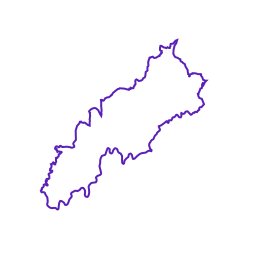 the district of Olintla, Puebla, Mexico, rotated 196°
{"feature_id": "50627088B53016454069278", "entity_name": "Olintla", "entity_type": "district", "adm_level": 2, "iso_a3": "MEX", "parent_name": "Mexico", "parent_adm1": "Puebla", "projection": "robinson", "projection_center": [-97.671, 20.114], "detail": "fine", "context": "isolated", "style": "outline", "palette": "violet", "viewbox_px": 256, "rotation_deg": 196, "n_neighbors": 0, "source": "geoboundaries", "source_scale": "gbopen_adm2", "svg_char_len": 5835}
<svg xmlns="http://www.w3.org/2000/svg" viewBox="0 0 256 256"><g transform="rotate(196 128 128)"><path d="M194.2,45.6L193.8,45.4L193.8,45.0L194.5,43.8L193.4,42.4L191.2,43.1L190.0,42.7L189.2,41.5L186.4,39.0L184.9,35.3L184.7,32.6L184.5,31.9L184.0,31.3L181.9,30.2L180.6,29.9L179.0,30.0L177.4,30.7L175.9,31.1L174.9,30.9L173.9,30.3L173.3,30.3L172.7,30.7L172.6,31.4L173.5,36.8L173.1,39.1L172.5,39.4L171.4,39.4L169.1,38.6L167.2,36.8L166.1,37.0L165.7,37.3L164.9,38.8L164.6,43.2L163.3,46.1L163.3,46.8L163.7,47.8L164.5,48.7L164.6,49.7L164.2,50.5L161.7,53.0L160.3,53.4L159.2,53.4L158.1,54.4L157.3,55.2L156.8,56.8L156.3,57.1L155.8,57.8L154.4,58.0L154.0,57.8L153.2,57.2L152.0,55.8L151.6,54.6L151.2,52.2L150.5,51.0L150.0,50.6L149.2,50.4L148.0,50.6L147.6,51.3L147.3,52.3L147.4,54.8L148.4,57.9L149.4,59.9L149.7,61.0L149.5,62.3L148.6,64.3L147.9,65.2L144.0,66.9L143.6,68.1L143.9,69.6L144.6,70.9L145.1,71.2L145.0,72.2L144.2,73.4L141.7,75.4L141.3,76.3L141.5,77.5L145.0,83.6L144.9,84.4L145.1,86.6L145.8,89.3L145.9,91.2L145.4,94.0L142.6,95.9L142.4,96.9L142.3,100.2L142.1,102.5L141.9,103.0L141.4,103.2L140.8,103.1L139.7,102.5L139.3,100.6L138.8,99.5L137.8,98.9L137.1,98.9L136.7,99.1L136.2,99.9L136.0,102.7L135.2,104.6L134.7,105.0L133.3,105.0L132.2,104.3L131.7,103.3L130.6,102.1L129.9,101.7L128.0,101.4L126.2,99.7L125.7,98.7L125.3,97.0L124.2,93.4L123.6,92.6L122.6,92.3L122.3,92.4L122.1,93.0L122.3,95.8L121.1,98.4L119.9,100.0L119.7,100.9L119.9,102.5L119.6,103.3L118.8,104.0L118.3,104.1L117.6,103.8L116.7,102.9L115.8,101.3L114.9,99.9L114.7,99.7L114.1,99.8L113.2,100.4L111.2,104.0L109.3,106.5L107.6,107.7L104.1,109.3L102.4,111.4L101.4,112.0L99.2,112.2L99.2,112.9L99.5,113.5L100.5,113.7L101.2,114.4L102.9,117.1L103.2,118.8L102.0,122.8L100.7,124.1L100.4,124.8L100.2,127.3L99.8,128.4L98.8,130.0L98.7,131.4L97.9,132.8L96.9,134.2L96.8,135.2L98.6,137.6L98.9,138.2L98.5,138.6L97.5,139.1L96.7,139.9L94.2,143.1L92.9,145.1L92.4,145.3L91.4,144.1L90.8,144.0L90.5,144.4L90.7,145.7L90.5,146.8L88.4,147.4L88.1,149.0L88.1,150.1L88.0,150.4L86.5,151.2L85.7,152.4L85.4,153.7L84.8,154.2L84.0,154.1L81.8,152.5L81.1,152.5L80.2,152.8L80.0,153.5L80.0,154.5L80.8,156.4L80.8,157.1L79.1,156.8L78.4,156.9L77.7,157.6L77.2,159.4L76.0,160.3L75.0,160.3L71.5,158.1L71.1,158.1L70.5,158.6L69.8,160.1L69.4,160.6L69.1,160.9L68.4,160.9L67.9,162.0L67.3,162.3L66.1,162.3L65.6,163.4L65.6,164.0L64.9,164.6L64.5,165.2L65.0,166.3L64.9,167.1L64.5,167.8L63.6,168.1L62.9,168.8L61.5,171.8L65.0,176.3L67.8,176.6L69.0,177.9L70.2,180.0L69.6,180.2L69.8,181.1L69.4,183.1L69.3,185.9L68.3,186.4L68.0,186.8L68.2,188.6L68.8,189.9L68.5,191.9L68.3,192.0L67.9,191.7L67.2,190.6L66.7,193.2L65.7,195.1L66.9,194.8L69.1,195.1L70.5,197.2L72.3,198.5L72.5,198.9L72.4,199.5L72.8,199.9L75.5,199.1L77.5,199.2L79.6,198.9L80.1,198.7L80.2,198.4L81.0,198.5L81.3,198.3L81.3,197.8L81.5,197.5L82.8,196.8L83.1,196.4L83.1,195.8L82.9,194.9L83.1,194.6L83.5,194.6L83.6,195.3L84.3,196.3L85.1,196.4L85.2,197.2L86.1,198.4L86.5,200.0L89.7,203.0L90.9,205.0L93.1,205.7L94.1,206.4L95.6,206.6L96.2,207.2L96.6,208.5L97.9,208.6L99.6,209.1L102.0,209.2L102.9,209.7L104.4,211.3L105.0,212.1L105.8,216.1L105.9,220.3L105.0,222.7L105.0,226.1L106.3,225.1L106.2,224.4L106.9,223.9L107.5,222.2L108.0,221.8L108.0,221.5L110.1,220.6L110.1,219.2L109.7,218.2L110.0,217.2L109.9,216.4L110.6,216.2L112.4,216.5L112.7,215.8L113.2,215.3L114.1,215.5L116.1,215.3L118.0,216.1L119.0,216.1L119.5,215.8L119.2,214.7L119.4,214.1L118.8,211.9L118.3,211.4L116.8,211.3L116.8,210.5L116.2,209.9L116.2,209.6L116.5,208.9L117.0,208.8L117.1,207.4L117.7,206.8L117.6,205.9L118.2,205.7L120.3,203.4L122.0,202.6L122.8,202.7L123.8,203.4L125.5,202.4L125.7,201.9L126.5,201.7L126.8,201.1L126.6,200.5L126.8,199.0L126.8,197.0L126.6,196.4L126.4,196.2L126.3,195.2L125.8,194.5L125.6,193.3L126.1,192.2L125.9,191.1L125.1,188.6L126.4,186.7L125.7,182.9L125.8,181.3L127.1,180.0L127.4,178.4L128.5,177.2L130.2,176.3L130.9,176.2L132.0,176.8L133.3,177.0L133.9,176.2L134.0,175.8L133.8,174.7L133.1,173.0L132.9,171.9L133.5,171.1L133.3,170.5L133.8,169.7L133.9,169.0L133.7,168.2L133.9,167.7L135.4,167.3L136.5,167.4L136.4,166.2L137.6,166.1L137.7,164.9L142.1,164.9L146.9,163.9L147.0,163.6L147.5,163.1L148.6,162.6L152.1,157.6L152.7,155.2L153.4,154.8L153.5,154.0L154.9,152.3L156.4,151.7L158.1,150.3L158.8,147.8L159.3,147.4L159.9,147.4L160.6,147.8L161.4,147.8L161.8,147.5L160.9,145.6L159.9,141.9L158.1,137.2L158.0,135.7L157.2,133.8L157.1,132.3L159.0,134.1L161.5,136.9L164.2,138.1L165.3,138.1L166.4,137.6L167.6,136.9L168.9,135.5L170.0,133.3L169.1,132.2L168.7,132.1L168.7,131.5L167.8,129.5L167.2,125.5L166.8,125.1L166.3,122.3L165.5,119.7L167.6,119.9L170.7,121.2L171.7,121.1L172.1,120.7L173.7,120.6L174.5,120.7L175.0,121.1L175.2,120.8L176.0,120.6L175.9,119.4L177.5,116.0L177.6,111.2L174.8,102.2L176.2,99.1L176.3,97.9L176.0,97.3L174.8,96.0L174.5,95.2L174.7,94.8L176.3,93.6L177.3,93.4L177.9,93.7L180.1,93.3L180.8,93.4L186.0,91.6L186.7,92.0L188.1,92.2L188.5,91.9L188.6,90.7L189.8,90.4L190.5,90.8L191.8,90.6L192.4,89.9L192.5,88.3L192.3,87.9L191.9,87.9L191.3,88.3L190.9,88.2L190.9,87.2L189.9,86.9L189.5,85.7L189.2,85.5L188.7,86.1L187.9,86.5L187.0,86.1L186.6,86.1L186.0,86.7L185.6,86.7L185.4,86.7L185.1,86.3L186.1,84.5L187.3,83.6L187.2,82.9L186.8,82.2L187.0,81.6L187.5,80.7L187.7,79.8L188.6,79.8L189.0,79.4L188.2,76.8L187.7,75.6L188.2,74.3L187.9,73.0L188.1,72.8L188.8,72.8L189.5,73.3L189.9,74.3L190.4,74.4L190.8,73.5L190.8,72.8L192.1,72.0L190.9,70.4L190.9,68.5L191.6,67.2L191.3,65.6L190.7,65.5L189.5,66.2L189.0,66.0L188.8,65.2L189.0,64.6L191.5,62.2L191.5,61.3L190.4,60.3L189.8,57.8L190.3,57.1L191.7,56.9L192.2,56.5L192.3,55.6L191.3,54.9L191.5,54.4L192.2,54.6L192.5,54.4L192.5,54.1L191.7,52.8L190.7,52.2L190.4,51.4L189.7,51.3L189.5,51.0L189.6,50.6L190.1,50.4L190.5,50.4L192.0,51.0L192.8,50.8L193.3,50.3L193.4,50.0L193.0,49.2L193.0,48.2L193.3,47.5L193.8,47.2L194.2,46.7L194.2,45.6Z" fill="none" stroke="#5b21b6" stroke-width="2"/></g></svg>